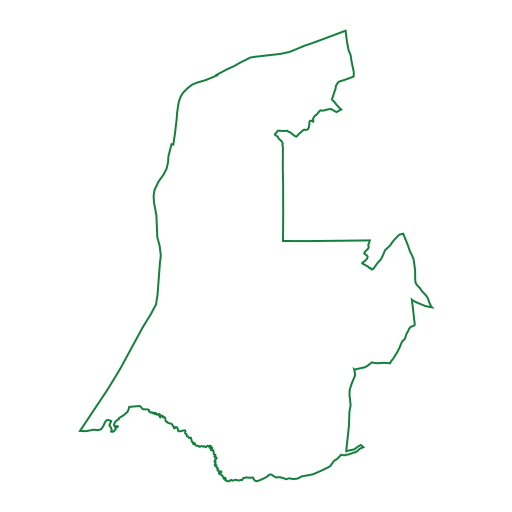 Soplaviento, Bolívar, Colombia
{"feature_id": "7082276B6546865194855", "entity_name": "Soplaviento", "entity_type": "district", "adm_level": 2, "iso_a3": "COL", "parent_name": "Colombia", "parent_adm1": "Bolívar", "projection": "orthographic", "projection_center": [-75.12, 10.341], "detail": "fine", "context": "isolated", "style": "outline", "palette": "green", "viewbox_px": 512, "rotation_deg": 0, "n_neighbors": 0, "source": "geoboundaries", "source_scale": "gbopen_adm2", "svg_char_len": 6087}
<svg xmlns="http://www.w3.org/2000/svg" viewBox="0 0 512 512"><path d="M226.6,69.5L216.6,74.8L217.1,75.3L211.8,77.6L205.4,80.2L197.1,82.6L192.2,84.6L187.2,88.5L182.9,92.9L180.6,96.9L178.9,101.5L178.2,105.5L177.1,112.7L176.7,118.8L175.0,133.4L173.3,144.6L171.5,144.2L168.4,156.5L168.1,161.9L166.6,168.7L163.4,174.8L158.7,181.3L154.6,189.8L153.6,195.8L154.0,202.5L156.4,215.4L157.3,237.1L159.7,246.1L160.8,255.7L159.9,263.3L157.5,295.0L156.0,304.5L150.8,314.2L142.5,327.7L120.1,369.0L108.0,388.9L80.0,430.9L85.8,431.2L93.7,429.7L97.6,430.2L101.2,429.2L103.2,426.3L105.3,421.7L106.9,420.1L108.9,420.1L111.2,421.0L109.4,425.4L111.0,427.6L111.8,430.1L111.1,431.5L111.7,431.7L112.0,431.6L112.9,431.8L113.7,431.4L115.4,429.6L115.6,429.0L115.4,428.5L115.6,428.1L117.3,427.2L117.8,426.4L116.8,426.1L114.9,426.6L114.6,425.8L114.1,425.5L114.0,424.9L114.8,422.5L116.2,420.9L117.1,420.1L118.8,419.2L118.8,418.3L119.0,418.1L122.2,416.1L122.8,415.8L125.5,413.7L127.5,411.8L128.5,409.7L129.2,406.9L139.8,406.0L141.3,407.5L142.7,409.1L143.4,409.3L144.1,409.2L144.8,409.4L145.8,409.3L147.0,409.4L147.8,409.5L148.8,409.9L149.2,410.4L149.0,411.1L149.3,411.7L150.8,412.6L151.2,412.4L152.1,412.4L152.5,412.5L152.6,413.1L153.8,413.0L154.0,413.1L154.4,413.9L154.6,414.0L155.1,414.0L154.8,413.0L154.9,412.8L155.1,412.8L155.9,413.1L156.9,414.6L157.7,414.3L158.2,414.8L158.6,414.8L158.9,414.2L159.5,414.1L159.7,414.3L159.4,415.3L160.3,415.3L160.4,415.5L159.7,416.4L159.9,417.1L160.2,417.3L160.6,416.5L161.3,416.2L162.1,415.6L162.3,415.6L162.7,416.2L162.9,417.3L163.5,417.4L163.8,416.9L164.1,417.0L165.0,417.7L165.4,418.8L165.5,420.7L165.8,421.2L166.2,421.6L167.2,421.8L167.5,422.6L169.2,423.3L171.0,423.6L171.6,423.9L172.5,425.0L173.1,426.3L173.7,426.6L174.0,427.1L174.0,428.2L174.4,428.3L175.1,428.0L176.0,427.0L177.0,427.4L177.8,428.9L177.9,430.4L178.2,430.9L178.6,431.2L180.0,431.3L184.4,430.3L185.0,430.5L185.4,431.1L185.1,433.2L185.2,433.5L186.3,434.1L186.7,434.7L186.8,435.9L186.9,436.2L188.1,436.6L188.8,437.8L189.3,438.0L190.6,437.6L191.0,438.0L191.1,438.9L191.5,439.8L191.9,441.6L192.2,442.0L192.9,442.3L193.2,443.9L193.6,444.0L193.6,443.1L194.0,442.9L194.6,443.2L195.0,443.7L195.5,445.2L195.8,445.5L196.8,445.8L198.2,445.8L198.7,446.0L199.3,446.8L199.6,446.9L201.4,446.1L201.8,446.1L203.0,446.6L203.6,446.2L204.4,446.3L205.4,447.2L205.7,447.2L206.3,446.9L206.9,446.1L207.7,445.8L208.7,446.0L210.2,445.8L210.6,445.9L210.9,446.2L211.0,446.7L210.2,447.1L209.4,447.3L209.5,447.7L209.9,447.9L211.8,447.5L212.1,447.6L212.1,448.4L211.2,449.5L211.0,450.0L211.8,450.3L212.9,450.1L213.2,450.4L213.5,451.0L213.5,452.0L213.8,453.0L213.7,454.0L214.3,454.5L215.1,454.7L215.4,455.0L215.4,455.4L214.4,456.4L214.6,457.0L215.4,457.4L216.3,457.4L216.7,458.0L216.2,458.8L215.5,459.0L215.2,459.3L215.5,460.1L214.5,461.2L214.5,461.6L214.7,461.9L215.7,462.4L215.7,462.6L214.8,464.5L214.9,465.5L215.2,465.8L215.7,465.2L216.3,465.2L216.7,467.7L217.9,468.4L218.1,468.8L217.4,469.9L217.9,470.7L218.8,471.2L220.7,471.4L221.2,471.6L221.3,472.4L221.0,472.6L219.0,472.8L218.9,473.1L219.1,473.7L222.1,475.4L222.3,476.0L223.1,476.6L223.4,477.0L223.4,478.1L223.6,478.5L223.9,478.7L224.3,478.5L224.9,477.9L225.2,477.9L225.7,478.8L225.1,479.4L225.2,480.1L227.3,481.2L229.1,481.3L230.0,480.4L231.3,480.0L232.0,480.6L233.4,480.5L234.7,479.9L236.2,479.9L238.0,480.4L239.3,480.4L240.6,480.0L242.1,480.0L243.2,478.1L246.2,477.4L248.8,477.7L253.2,477.6L253.6,479.0L254.8,480.5L256.1,481.1L257.5,481.0L260.1,480.1L264.9,477.9L267.8,476.1L269.0,474.8L270.4,474.4L271.9,474.8L273.5,476.1L276.0,477.4L279.8,477.2L283.7,478.2L285.6,479.1L286.6,479.1L289.0,478.3L293.2,479.0L296.3,478.8L298.8,478.1L300.8,476.7L303.1,476.1L309.2,475.1L313.7,474.0L321.9,470.4L328.5,467.2L330.4,465.9L334.0,460.9L337.4,458.8L341.1,454.7L342.6,455.2L344.0,455.1L345.3,455.3L346.5,454.6L348.1,454.6L354.1,452.5L355.7,452.2L357.4,451.0L359.7,448.8L363.4,447.2L360.8,445.0L357.2,447.1L354.5,449.3L347.1,450.9L346.3,451.2L346.4,449.4L348.9,426.2L349.4,411.8L350.4,406.5L350.6,404.2L350.2,401.7L350.1,399.3L349.5,395.7L349.6,390.9L349.9,389.1L351.5,384.1L354.0,377.9L354.6,376.9L355.1,374.3L354.5,370.7L354.2,369.3L354.6,369.6L357.0,369.0L364.4,367.4L367.1,366.1L371.8,362.4L375.3,363.1L378.4,363.2L384.3,362.8L390.1,363.3L391.1,361.2L393.2,358.7L397.3,352.1L399.7,347.3L401.0,343.9L402.4,341.2L404.0,339.7L405.1,338.4L406.5,333.8L407.8,331.7L409.2,328.6L410.5,327.0L414.1,325.6L414.8,324.8L411.9,299.7L412.7,300.4L416.3,302.3L424.7,305.8L427.8,306.6L432.0,307.3L431.1,306.3L429.6,303.3L427.8,298.1L426.1,295.5L422.8,292.1L421.3,290.2L420.2,288.5L416.9,285.0L415.5,282.5L415.2,279.8L415.1,270.3L413.9,261.0L413.5,259.1L412.5,256.4L409.9,251.2L407.9,245.3L403.2,233.7L399.3,234.7L394.9,239.1L392.2,242.4L390.1,245.5L385.0,250.3L382.4,256.5L380.6,259.8L378.3,262.1L376.2,264.8L373.4,268.9L371.5,269.5L371.2,268.5L370.6,268.1L369.6,268.1L368.0,266.6L362.2,263.4L362.3,262.8L364.9,261.0L365.8,260.0L367.0,258.6L367.5,257.6L367.6,256.8L367.4,256.1L366.5,255.2L364.5,253.8L364.3,253.4L364.3,253.0L365.4,251.2L367.8,249.0L368.7,247.5L368.7,246.7L368.3,245.4L368.3,244.9L368.8,243.4L369.2,242.7L369.8,240.4L307.0,241.1L283.0,241.0L283.2,215.1L283.1,183.3L282.8,169.2L282.9,146.8L282.4,145.1L282.7,143.5L281.6,141.3L278.6,138.4L277.9,136.9L274.9,134.7L275.0,134.2L275.9,133.0L278.1,130.6L282.8,131.0L287.4,130.8L288.4,131.8L290.1,132.3L294.9,136.1L296.5,136.6L299.0,133.8L302.8,130.5L304.1,129.7L305.8,129.9L307.0,129.7L308.0,129.1L308.8,127.4L309.4,124.1L309.3,122.2L310.1,120.8L311.3,120.7L313.0,121.7L313.4,120.8L313.0,119.6L313.4,117.9L315.1,115.5L316.8,114.5L318.8,111.9L320.4,110.4L323.7,110.6L326.1,109.8L328.7,109.2L330.9,109.1L331.7,109.2L332.1,109.7L336.5,112.1L341.2,109.5L339.7,108.2L336.8,105.1L334.3,101.8L333.2,100.9L332.6,100.3L332.0,99.1L335.6,88.4L335.9,86.0L337.5,83.1L339.0,81.7L340.9,81.0L344.6,79.9L353.6,76.6L353.8,72.2L351.6,61.7L350.6,55.1L349.3,51.7L348.8,51.1L346.9,41.4L345.6,30.7L318.0,41.0L307.5,44.8L304.8,45.6L297.0,48.9L289.3,52.0L280.4,53.9L255.7,56.7L250.4,57.5L241.0,62.2L233.3,66.5L226.6,69.5Z" fill="none" stroke="#15803d" stroke-width="2"/></svg>